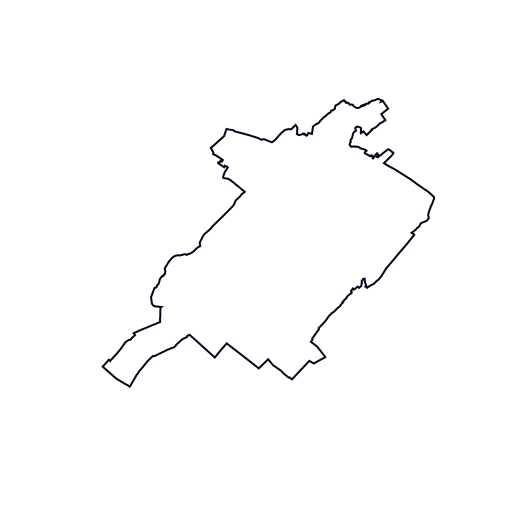 Radesti, Galati, Romania (Mercator projection), rotated 60°
{"feature_id": "2599482B86347872402949", "entity_name": "Radesti", "entity_type": "district", "adm_level": 2, "iso_a3": "ROU", "parent_name": "Romania", "parent_adm1": "Galati", "projection": "mercator", "projection_center": [27.788, 46.057], "detail": "fine", "context": "isolated", "style": "outline", "palette": "ink", "viewbox_px": 512, "rotation_deg": 60, "n_neighbors": 0, "source": "geoboundaries", "source_scale": "gbopen_adm2", "svg_char_len": 6031}
<svg xmlns="http://www.w3.org/2000/svg" viewBox="0 0 512 512"><g transform="rotate(60 256 256)"><path d="M306.0,430.8L305.7,429.9L299.3,418.8L298.5,416.7L297.4,415.0L296.0,410.6L293.0,403.0L291.1,395.4L291.9,394.0L293.0,378.9L294.0,372.8L293.9,371.6L293.6,370.4L293.0,369.5L291.3,361.6L291.6,356.2L290.8,355.4L291.0,352.9L323.3,342.4L320.1,334.0L318.6,329.5L317.0,325.1L333.3,318.4L354.7,309.8L351.5,297.1L358.9,295.9L360.5,295.2L361.6,294.6L367.9,291.7L372.5,290.5L377.7,288.5L377.9,287.6L380.8,286.6L373.5,262.2L378.0,259.7L378.0,255.9L378.3,246.7L376.9,246.6L364.9,248.4L357.8,251.3L356.6,248.8L355.6,248.6L350.9,238.1L349.7,237.7L348.3,232.3L346.8,227.9L344.5,222.9L343.2,218.5L343.4,216.9L341.8,211.1L341.6,209.0L339.9,205.0L339.8,203.8L339.0,203.9L337.8,199.7L337.5,198.3L336.8,197.8L335.8,193.3L336.1,193.1L335.7,191.4L333.8,191.2L332.6,188.3L334.0,188.2L333.8,185.6L333.3,183.5L335.1,182.6L334.5,179.7L331.7,177.5L330.6,177.1L329.5,174.6L329.9,173.3L332.3,174.4L337.1,175.6L337.3,176.4L337.8,175.9L339.0,175.8L338.8,172.4L338.8,170.5L339.0,168.9L339.0,167.7L338.0,164.2L337.7,161.7L337.2,160.1L335.7,156.6L331.9,149.6L329.9,143.9L323.9,127.5L321.3,120.0L316.8,108.4L316.3,108.3L313.7,109.7L313.2,105.3L312.3,102.1L312.0,99.9L310.0,96.8L310.9,90.6L309.8,87.9L309.5,87.4L306.7,86.4L305.5,85.6L300.2,79.5L299.4,78.0L297.7,75.9L295.3,73.1L294.1,72.5L293.3,72.6L290.4,73.4L286.5,74.7L282.4,76.8L278.2,78.7L274.2,80.6L267.2,83.6L250.3,92.5L244.6,96.1L239.6,98.8L237.0,88.9L236.3,86.8L235.8,85.9L235.4,85.5L235.1,85.4L234.0,86.1L231.8,86.9L230.8,87.3L229.6,88.2L230.2,92.8L231.0,97.3L230.9,98.4L231.4,101.1L230.5,101.7L229.9,99.9L229.4,99.8L229.1,99.5L227.6,99.7L227.8,100.4L227.8,100.8L228.1,101.1L228.2,101.5L228.1,101.8L228.3,102.4L229.4,104.2L230.2,106.7L229.4,105.9L228.7,104.5L228.4,104.6L227.9,105.2L227.4,105.6L227.0,105.7L226.7,105.5L226.4,105.7L226.8,106.9L226.7,107.3L223.7,108.9L222.3,110.1L221.3,110.3L220.9,110.2L220.6,109.9L220.3,108.1L220.1,107.6L219.3,107.9L218.2,108.6L214.9,111.8L214.0,111.9L211.8,113.8L211.6,114.5L211.2,114.8L211.0,115.0L210.9,115.8L210.3,116.0L210.1,116.3L209.8,117.0L209.7,117.5L208.7,119.1L207.2,119.2L206.0,119.1L204.6,116.9L204.1,117.1L202.6,115.8L202.1,114.2L198.4,110.5L198.1,110.1L197.8,109.2L197.6,108.1L197.5,106.8L194.8,106.1L194.5,104.8L194.5,103.6L196.8,101.4L197.4,101.2L198.1,101.2L198.7,101.7L200.7,102.8L201.2,103.5L202.1,103.7L201.8,100.7L204.6,100.1L206.6,99.8L205.1,93.5L205.0,93.0L204.8,92.8L204.4,92.9L204.3,92.7L204.3,92.0L204.4,88.8L204.2,86.8L203.1,81.9L203.3,80.1L203.3,78.7L203.0,77.2L203.3,76.5L203.1,76.0L195.8,76.6L194.5,67.9L185.2,68.6L184.9,70.5L184.2,69.2L180.9,71.8L180.5,75.1L180.0,77.2L179.6,77.5L179.5,77.8L179.5,78.4L179.6,79.0L179.5,79.5L179.7,80.1L180.0,80.7L180.1,81.2L180.0,81.4L179.4,81.3L179.3,81.6L180.1,82.4L180.2,82.8L179.5,83.6L179.5,84.0L179.3,84.5L179.7,85.4L179.6,85.7L179.2,86.0L179.8,86.5L179.8,87.0L179.4,87.1L179.2,87.6L178.8,87.7L178.7,87.9L178.8,88.2L179.3,88.4L179.5,88.9L179.3,89.1L179.0,88.9L178.7,89.1L178.5,89.4L178.5,89.7L178.9,90.3L179.1,90.9L179.2,91.6L179.1,92.3L178.9,93.5L177.9,94.9L176.6,95.8L174.8,96.5L173.3,96.7L173.0,97.0L172.7,97.7L172.1,98.1L172.0,98.8L171.8,99.2L171.4,99.3L169.8,99.4L169.1,100.0L169.0,100.5L168.8,100.7L168.7,100.9L168.4,101.0L168.2,101.4L167.7,101.2L167.6,101.5L166.9,101.4L166.5,101.8L165.9,101.8L165.3,101.7L165.0,101.8L164.9,103.0L165.1,103.3L165.1,103.7L164.9,105.7L165.0,106.3L165.3,106.9L165.5,107.7L165.6,108.9L165.4,111.9L166.1,112.3L166.5,113.0L167.9,114.0L168.1,114.4L168.1,115.1L168.0,115.4L168.1,116.0L168.2,116.9L167.9,117.7L167.9,118.1L168.0,118.4L167.9,118.7L168.7,119.5L168.8,119.8L168.9,120.3L168.7,121.1L168.7,121.6L168.8,121.7L169.1,124.2L169.6,125.1L169.5,125.8L169.9,128.4L171.1,132.7L172.2,135.4L171.9,138.3L172.1,140.1L172.5,142.0L178.2,146.5L175.6,149.2L176.4,150.2L176.5,150.6L177.2,151.7L177.2,152.0L175.8,152.5L174.9,153.4L174.4,152.9L173.6,153.7L173.6,154.6L173.5,156.0L173.3,157.0L173.1,157.8L172.5,158.7L170.8,159.6L170.0,158.7L168.9,158.2L167.4,157.3L166.8,156.7L165.9,156.3L165.2,156.0L163.1,156.2L162.3,156.2L163.9,162.2L162.7,163.8L162.0,165.5L161.3,168.0L162.3,173.1L163.1,175.8L165.1,181.4L165.5,185.4L158.7,190.8L158.2,192.4L158.2,193.0L156.6,194.2L155.1,195.0L147.5,202.0L137.6,211.9L136.5,212.6L135.5,212.8L133.0,216.2L131.2,218.0L135.6,223.0L136.0,223.2L136.3,224.0L139.4,238.6L139.8,241.1L144.3,241.2L145.7,241.5L146.4,242.2L149.0,240.3L155.9,236.8L156.2,237.3L156.6,237.2L157.2,238.3L155.8,239.0L156.2,240.1L156.6,240.0L156.7,240.4L156.8,240.9L156.2,241.1L156.0,241.5L156.3,242.3L156.5,242.4L158.2,241.7L159.5,240.9L161.9,239.9L163.2,239.2L162.2,238.0L164.1,236.7L164.1,236.4L165.2,236.1L165.8,237.1L167.3,240.3L168.2,241.7L170.6,244.5L171.7,245.3L171.9,245.3L173.3,244.0L175.1,241.6L177.9,240.0L194.8,233.6L195.1,234.4L195.1,236.3L195.3,237.5L196.2,239.4L197.9,246.2L199.2,247.6L199.5,248.1L199.9,248.9L200.9,250.0L204.3,262.2L207.3,274.0L208.9,279.8L209.5,281.1L210.1,283.5L211.2,289.4L212.3,292.0L215.0,296.1L216.2,298.0L217.7,298.7L219.3,299.1L219.5,299.3L219.6,299.6L219.4,301.5L219.8,303.8L220.9,308.3L221.0,311.9L220.6,312.6L220.4,315.4L219.4,316.0L218.7,317.0L217.6,321.4L216.4,323.1L215.8,324.7L215.4,326.9L215.4,327.7L215.7,329.8L216.8,332.9L218.1,335.9L219.2,337.6L220.2,339.7L221.1,341.1L222.4,341.8L223.7,342.0L225.8,343.7L225.7,343.9L225.7,344.1L226.0,344.3L226.0,344.8L226.4,345.2L226.5,345.5L226.5,346.5L226.8,346.8L226.7,347.1L226.8,347.1L226.7,347.5L226.9,347.8L226.8,348.4L227.2,348.9L227.4,349.5L227.4,349.8L228.1,350.9L228.5,351.4L229.6,352.3L231.5,354.4L232.0,356.5L233.0,357.3L233.4,358.2L233.2,358.7L232.9,359.9L239.2,367.5L245.4,370.0L247.4,369.7L248.9,368.8L252.7,363.7L252.7,364.0L253.1,364.5L256.0,366.5L259.8,368.7L261.6,369.9L262.4,370.6L264.4,371.5L265.2,372.1L262.3,394.1L261.7,400.6L264.0,400.3L265.1,405.1L265.7,406.3L265.6,407.5L265.0,408.2L265.4,412.3L268.7,419.3L270.9,425.2L274.0,434.9L272.3,435.2L275.2,444.1L292.4,438.3L301.0,433.5L304.4,431.4L306.0,430.8Z" fill="none" stroke="#020617" stroke-width="2"/></g></svg>